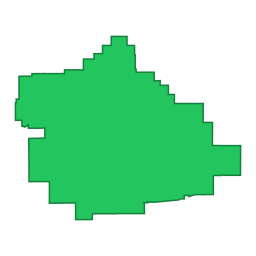 the district of Morawa, Western Australia, Australia
{"feature_id": "25037944B80693108839344", "entity_name": "Morawa", "entity_type": "district", "adm_level": 2, "iso_a3": "AUS", "parent_name": "Australia", "parent_adm1": "Western Australia", "projection": "albers", "projection_center": [116.014, -29.035], "detail": "fine", "context": "isolated", "style": "filled", "palette": "green", "viewbox_px": 256, "rotation_deg": 0, "n_neighbors": 0, "source": "geoboundaries", "source_scale": "gbopen_adm2", "svg_char_len": 2392}
<svg xmlns="http://www.w3.org/2000/svg" viewBox="0 0 256 256"><path d="M15.4,107.7L15.4,120.3L18.3,120.3L21.9,120.3L21.9,126.3L23.5,126.3L23.5,126.6L25.2,126.6L25.2,126.9L25.4,126.8L26.7,126.1L27.7,125.3L28.2,124.9L28.3,124.9L28.3,128.2L36.4,128.2L37.6,128.2L44.8,128.1L44.8,131.8L44.9,138.1L44.0,138.1L30.3,138.4L28.8,138.4L28.8,144.7L28.9,151.8L28.9,152.9L28.9,157.7L29.0,168.3L29.0,173.8L29.0,175.7L29.0,180.6L29.0,181.7L34.9,181.6L41.3,181.6L49.4,181.6L49.4,193.6L49.4,197.6L49.3,203.1L50.0,203.2L54.6,203.1L58.5,203.1L61.6,203.1L66.5,203.0L72.0,203.0L75.3,203.0L75.5,203.0L75.6,208.7L75.6,214.3L75.6,214.5L75.6,218.3L75.6,219.6L92.2,219.6L92.5,213.8L97.3,213.7L100.6,213.7L105.4,213.7L105.5,213.7L110.9,213.7L111.1,213.8L113.8,213.8L114.6,213.8L116.0,213.8L116.1,213.6L121.4,213.6L126.8,213.6L132.8,213.6L144.4,213.6L144.4,208.2L144.4,205.2L144.4,203.4L143.9,202.7L145.4,202.7L145.5,202.7L147.6,202.7L147.1,202.0L150.0,202.1L151.8,202.1L154.7,202.1L154.8,202.1L155.0,202.2L155.3,202.1L162.6,201.5L162.6,201.4L173.3,200.4L174.7,200.3L176.0,200.2L176.3,200.1L177.3,200.0L178.5,199.9L179.0,199.9L179.2,199.7L179.3,199.6L179.7,199.2L179.8,199.1L180.0,199.0L180.3,198.9L184.2,198.9L184.2,195.5L189.0,195.5L189.0,196.6L192.5,195.4L194.7,194.7L199.4,194.6L203.1,194.7L204.4,194.7L204.8,194.7L205.0,194.6L206.1,194.6L208.9,194.6L211.7,194.6L213.4,194.6L213.4,192.9L213.3,188.7L213.3,182.5L213.3,175.6L214.5,175.6L215.3,175.5L216.4,175.5L219.2,175.5L221.7,175.4L222.0,175.3L222.5,175.2L223.1,175.1L223.3,175.0L224.5,175.1L224.5,175.3L240.5,175.3L240.5,170.0L240.6,148.6L240.6,145.6L237.9,145.6L231.3,145.6L223.4,145.6L215.6,145.5L212.9,145.5L212.4,145.5L212.5,122.4L203.1,122.4L203.2,103.5L202.9,103.5L174.4,103.5L174.4,98.8L174.4,94.5L168.4,94.5L168.4,89.3L168.4,85.3L160.2,85.3L160.2,80.6L156.2,80.8L154.2,80.9L154.2,72.2L145.5,72.2L136.2,72.2L136.1,69.1L135.3,69.1L135.2,57.5L135.2,54.8L134.6,54.8L134.6,54.0L134.6,47.1L134.6,45.9L134.1,45.4L127.0,45.4L127.0,36.4L111.2,36.4L111.2,45.4L104.9,45.4L102.5,45.4L102.5,53.6L94.0,53.7L94.0,55.0L94.0,57.6L94.0,59.0L88.7,59.0L83.5,59.0L83.4,61.8L83.4,66.7L83.4,69.9L77.7,69.9L64.5,69.9L64.5,73.5L59.2,73.6L51.5,73.6L43.9,73.6L43.7,73.4L43.4,73.6L37.9,73.6L31.9,73.7L31.9,76.2L25.9,76.2L19.0,76.3L19.0,80.7L19.0,83.7L19.0,97.4L19.0,99.1L16.2,99.1L16.2,101.6L16.2,102.8L15.4,102.8L15.4,107.7Z" fill="#22c55e" stroke="#15803d" stroke-width="1.5"/></svg>